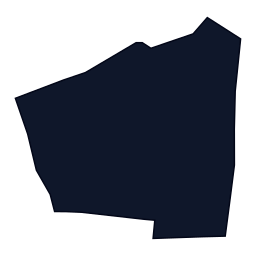 outline of Trigg, Kentucky, United States of America
{"feature_id": "52423323B54823205349371", "entity_name": "Trigg", "entity_type": "district", "adm_level": 2, "iso_a3": "USA", "parent_name": "United States of America", "parent_adm1": "Kentucky", "projection": "equal_earth", "projection_center": [-87.889, 36.818], "detail": "fine", "context": "isolated", "style": "filled", "palette": "ink", "viewbox_px": 256, "rotation_deg": 0, "n_neighbors": 0, "source": "geoboundaries", "source_scale": "gbopen_adm2", "svg_char_len": 412}
<svg xmlns="http://www.w3.org/2000/svg" viewBox="0 0 256 256"><path d="M54.6,211.5L66.3,211.6L81.2,212.2L144.6,219.3L154.8,220.2L153.1,238.4L202.3,236.7L225.2,236.1L230.4,196.4L234.4,165.1L234.3,129.2L235.2,91.3L240.6,38.9L207.3,17.6L193.1,33.9L150.9,48.3L142.3,42.7L136.1,42.7L85.4,72.6L64.1,79.8L15.4,98.3L27.7,134.0L36.4,170.2L50.2,194.4L54.6,211.5Z" fill="#0f172a" stroke="#020617" stroke-width="1.5"/></svg>